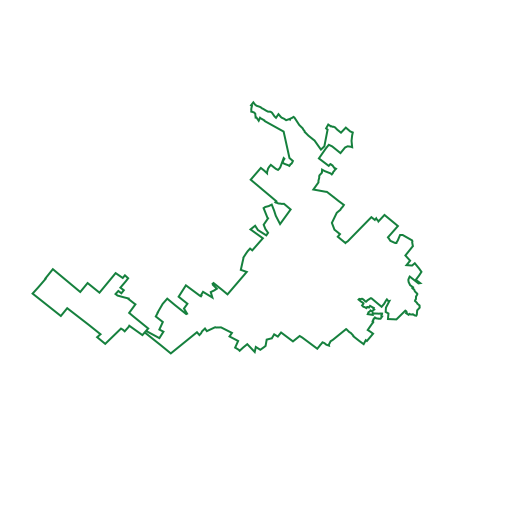 outline of Motul, Yucatán, Mexico, rotated 303°
{"feature_id": "50627088B18979328604802", "entity_name": "Motul", "entity_type": "district", "adm_level": 2, "iso_a3": "MEX", "parent_name": "Mexico", "parent_adm1": "Yucatán", "projection": "robinson", "projection_center": [-89.26, 21.165], "detail": "fine", "context": "isolated", "style": "outline", "palette": "green", "viewbox_px": 512, "rotation_deg": 303, "n_neighbors": 0, "source": "geoboundaries", "source_scale": "gbopen_adm2", "svg_char_len": 6112}
<svg xmlns="http://www.w3.org/2000/svg" viewBox="0 0 512 512"><g transform="rotate(303 256 256)"><path d="M317.1,210.0L313.0,243.2L311.6,243.0L311.6,243.6L311.8,244.0L312.1,244.6L312.0,245.0L312.3,246.2L312.7,247.1L313.1,247.6L313.6,249.0L314.5,250.4L315.0,251.0L314.5,255.1L313.9,259.7L295.9,258.8L300.5,250.7L304.0,246.4L307.7,241.2L306.0,240.2L304.8,239.5L302.2,237.1L300.3,236.3L294.3,244.8L294.2,245.6L286.4,245.4L283.6,249.4L283.6,249.6L282.0,253.5L278.9,253.4L278.8,243.5L280.9,238.8L275.3,236.9L274.6,252.1L258.7,249.8L259.0,247.0L255.5,246.4L252.9,246.3L247.8,246.3L247.5,246.4L247.2,246.7L244.7,247.6L236.1,250.8L237.6,256.9L208.3,253.0L209.1,246.4L210.2,235.1L209.0,234.8L208.7,235.8L208.3,235.8L207.2,241.0L204.2,239.6L201.1,237.7L197.4,242.0L197.1,231.1L193.1,231.2L193.1,231.8L192.2,231.8L192.1,230.5L192.3,227.6L193.2,213.2L179.7,213.3L178.6,224.5L172.7,224.2L170.1,229.6L169.3,229.1L170.7,214.7L171.9,204.8L165.0,203.8L155.1,204.3L155.1,204.5L150.7,204.9L149.9,213.8L141.7,215.0L142.1,219.6L134.5,219.7L133.3,204.6L136.5,205.1L138.5,186.3L139.2,180.6L149.8,181.2L149.8,180.2L150.5,172.2L150.9,172.2L150.6,171.2L149.3,167.4L147.4,161.4L147.6,158.9L151.7,159.6L151.4,163.4L155.3,163.8L155.6,159.5L164.0,160.6L167.7,160.9L168.4,156.6L165.0,156.2L165.2,147.6L140.0,144.7L141.6,129.5L130.1,128.2L134.3,92.8L122.4,91.6L122.3,92.0L110.7,90.4L102.8,89.1L99.4,125.0L109.4,126.1L107.2,152.9L105.7,168.2L101.4,167.0L100.2,177.4L121.6,182.3L121.7,184.6L121.3,186.9L127.2,187.8L128.5,187.7L127.8,203.8L131.3,204.3L129.3,224.9L127.9,237.6L159.9,248.0L158.9,251.6L161.2,252.0L163.5,251.8L167.4,252.7L166.2,255.7L173.8,260.4L174.2,260.9L174.2,261.3L174.5,261.8L177.1,265.6L178.4,277.7L174.1,277.6L175.0,287.3L167.8,288.4L167.9,290.7L167.9,292.8L167.6,293.9L172.3,295.1L177.3,296.7L174.8,307.2L179.6,305.4L179.7,310.7L184.0,312.4L185.8,313.0L191.7,310.5L195.2,313.7L195.5,314.1L200.2,313.9L200.3,318.2L205.5,318.7L204.5,333.5L212.7,336.2L212.8,339.2L211.6,357.9L216.2,358.4L216.4,358.3L217.6,358.6L219.8,358.8L220.2,360.8L219.9,363.3L220.6,366.0L221.2,365.4L225.1,365.0L227.5,366.1L243.8,371.4L243.8,371.8L243.0,375.7L243.1,377.4L242.2,381.0L241.7,381.3L241.0,388.9L240.7,394.3L245.2,393.9L245.1,395.3L254.6,396.5L254.8,393.4L254.8,390.0L261.8,390.2L264.1,390.4L264.2,389.9L265.0,389.8L264.9,389.3L267.6,388.9L268.1,389.4L268.6,389.2L269.2,389.2L269.3,389.9L269.2,390.5L269.5,391.6L270.1,392.5L270.1,392.9L271.2,394.6L271.3,394.6L273.0,394.7L273.3,394.7L273.8,394.7L273.6,394.3L273.9,393.8L274.4,393.6L274.6,393.4L275.8,393.4L276.4,393.1L275.5,391.6L274.7,390.7L274.4,390.2L274.1,389.7L273.7,388.9L273.2,388.2L272.5,386.9L272.3,386.7L272.1,386.6L271.8,385.1L271.4,385.1L270.2,386.0L268.1,381.4L270.1,381.0L271.4,381.6L272.7,381.7L272.7,382.1L272.7,383.4L274.0,383.9L274.7,383.9L275.5,384.3L275.8,383.2L276.6,383.1L276.4,381.3L276.3,378.8L274.3,378.8L274.2,378.0L274.2,377.6L273.8,377.0L273.1,377.1L272.4,377.0L272.3,374.9L272.0,374.1L271.9,373.5L272.1,373.0L272.2,372.3L272.3,371.9L274.5,372.1L274.9,371.9L275.0,370.1L275.0,368.7L275.2,367.0L275.3,365.8L276.3,366.0L276.5,366.6L276.7,367.1L277.9,368.2L277.9,368.6L278.0,368.9L278.0,369.8L277.6,371.9L277.5,372.9L277.7,373.3L279.5,373.6L283.1,375.2L283.2,375.5L283.4,375.9L281.8,389.0L285.6,389.5L289.3,389.3L290.9,389.4L290.2,391.7L290.9,392.4L283.5,393.1L279.7,395.2L279.9,398.4L275.0,401.0L279.3,408.3L291.5,411.0L291.5,411.6L291.4,412.2L291.0,412.5L290.9,413.0L289.8,413.0L289.8,416.0L291.0,416.2L291.1,417.3L292.1,419.1L292.6,419.3L292.6,421.5L293.2,422.9L294.4,422.8L298.2,420.8L301.8,421.4L303.6,420.1L303.9,417.2L304.4,416.5L304.9,413.8L306.2,413.5L306.9,413.6L307.3,413.4L309.1,412.3L311.6,412.2L312.2,411.8L312.7,409.2L313.0,408.3L313.5,407.5L314.0,407.0L314.0,405.7L314.2,404.8L314.7,405.1L315.3,404.9L315.5,401.1L316.2,400.0L317.2,398.3L318.5,397.1L319.3,396.6L322.2,396.1L322.5,396.1L321.5,407.2L322.7,408.5L323.1,403.0L328.3,403.4L332.8,403.4L334.3,399.7L336.4,393.1L333.0,392.1L330.3,387.2L336.0,387.8L337.8,381.0L349.8,382.2L350.0,381.9L352.7,379.4L353.5,379.2L354.1,378.4L353.5,367.6L352.1,365.4L346.5,366.4L344.9,366.5L344.1,366.4L343.4,366.7L342.9,366.1L342.6,365.1L341.9,360.4L342.9,358.2L343.5,356.5L358.4,358.7L358.8,355.5L360.4,341.4L351.9,339.9L352.0,339.8L352.0,338.8L352.4,338.1L352.6,336.9L353.0,336.3L352.1,336.2L351.5,335.8L351.0,335.9L351.4,331.6L318.2,324.9L317.3,324.5L316.8,324.1L315.6,324.0L316.7,314.1L320.1,314.5L320.8,307.5L325.1,301.6L336.3,300.2L340.7,301.6L342.1,301.5L344.7,301.9L346.7,301.9L347.1,295.2L347.5,291.1L348.4,280.5L347.8,279.4L343.0,267.9L351.7,268.3L353.1,267.4L356.1,266.4L357.1,265.7L358.1,265.3L361.8,265.9L364.4,264.4L364.6,267.3L365.9,273.6L365.7,275.1L367.4,275.3L368.6,275.0L370.2,275.3L371.1,275.2L371.7,275.4L372.7,275.6L372.6,273.9L372.5,273.7L373.7,270.6L373.5,270.1L373.7,268.9L373.6,268.3L371.2,267.9L372.1,255.6L384.4,256.0L388.9,256.5L389.4,260.0L389.3,261.3L388.3,270.8L395.5,271.6L397.9,273.1L399.2,275.8L399.6,277.4L404.6,273.4L409.4,271.0L412.3,269.9L411.8,267.2L412.6,261.4L405.7,260.1L406.2,255.3L406.9,252.2L406.6,250.5L406.1,249.9L405.8,248.2L405.5,248.1L405.6,245.0L401.2,245.3L401.0,247.2L385.2,253.6L380.6,252.5L384.8,242.0L384.8,241.0L385.5,234.3L386.3,230.7L386.5,229.3L387.1,228.9L387.8,226.8L388.5,225.6L389.4,221.0L393.0,212.9L393.1,211.7L391.6,211.1L389.9,210.0L388.9,210.2L389.0,209.4L386.3,207.3L386.4,204.9L386.0,202.2L386.1,201.3L387.2,197.6L382.8,197.5L383.2,195.4L384.9,191.3L384.9,189.6L383.6,187.4L383.4,185.3L383.3,181.9L383.1,180.5L383.3,178.8L382.9,176.8L382.4,175.1L382.3,174.5L382.5,172.5L383.4,170.1L379.7,169.8L379.8,170.8L377.3,171.7L376.0,172.4L375.5,172.9L374.5,173.4L375.2,175.6L375.3,176.2L375.0,177.8L371.9,180.3L372.4,180.9L370.9,184.6L374.1,184.1L374.0,184.7L374.3,189.2L373.9,189.7L375.4,211.4L356.4,230.7L355.8,235.2L353.8,235.5L352.5,235.4L351.7,234.9L350.7,235.0L349.7,234.9L349.7,233.7L348.9,230.2L348.6,227.5L350.9,226.9L353.0,226.9L353.2,225.9L343.8,228.0L342.1,228.0L340.2,227.6L339.9,225.1L340.5,218.8L338.2,218.5L336.0,218.5L332.3,219.6L331.4,220.2L332.1,216.3L332.5,212.1L317.1,210.0Z" fill="none" stroke="#15803d" stroke-width="2"/></g></svg>